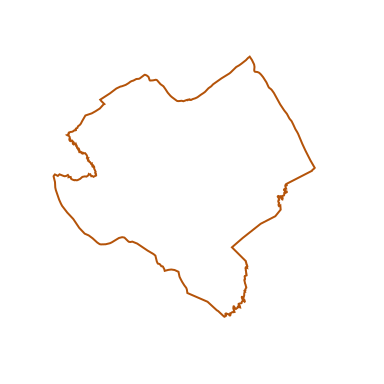 Thepharak, Chaiyaphum, Thailand (Equal Earth projection), rotated 152°
{"feature_id": "78962969B2077127014439", "entity_name": "Thepharak", "entity_type": "district", "adm_level": 2, "iso_a3": "THA", "parent_name": "Thailand", "parent_adm1": "Chaiyaphum", "projection": "equal_earth", "projection_center": [101.53, 15.302], "detail": "fine", "context": "isolated", "style": "outline", "palette": "amber", "viewbox_px": 384, "rotation_deg": 152, "n_neighbors": 0, "source": "geoboundaries", "source_scale": "gbopen_adm2", "svg_char_len": 6009}
<svg xmlns="http://www.w3.org/2000/svg" viewBox="0 0 384 384"><g transform="rotate(152 192 192)"><path d="M222.2,67.0L221.9,66.6L221.3,66.6L220.5,67.2L220.1,67.9L219.7,67.2L219.2,68.0L219.2,68.8L218.9,68.8L218.2,67.8L217.7,67.6L217.0,66.7L216.8,65.4L216.3,65.1L215.6,65.5L215.4,66.8L215.2,67.0L214.2,66.8L213.1,67.0L211.9,66.7L211.7,66.8L211.6,66.3L210.8,66.1L210.2,69.7L209.5,70.9L208.9,71.5L208.7,71.4L208.4,68.5L208.2,68.1L206.3,68.4L205.3,69.3L205.0,69.4L204.8,69.3L204.6,68.5L203.9,68.7L203.8,67.6L203.7,67.5L203.3,68.8L203.6,70.3L203.6,71.0L203.4,71.3L202.6,71.3L201.0,70.7L200.3,70.7L199.6,71.6L198.5,72.1L197.7,71.8L197.1,70.4L196.7,70.6L196.4,72.4L197.7,73.2L197.8,73.5L197.6,75.3L197.4,75.8L197.2,76.0L196.9,75.9L196.4,74.6L196.1,74.5L194.3,76.4L193.8,77.5L192.9,78.6L192.7,78.8L192.0,78.8L192.1,80.0L192.0,80.3L190.9,80.3L190.7,80.9L189.5,81.9L189.0,82.0L188.8,82.4L188.5,84.1L188.2,85.1L188.1,86.4L187.8,87.2L187.2,89.5L186.9,89.9L186.4,89.9L186.2,90.5L185.9,90.6L185.2,92.7L184.8,93.0L184.0,92.8L183.7,93.0L182.9,92.8L182.8,93.0L182.4,94.1L182.5,94.3L182.4,94.7L182.1,95.0L181.9,95.9L181.6,96.4L181.5,96.8L181.3,97.1L181.3,97.6L180.7,98.6L180.7,99.1L180.3,99.2L180.1,99.5L180.0,100.2L179.6,100.3L179.2,99.6L179.0,99.8L178.8,99.4L178.5,100.2L178.1,100.4L178.2,100.7L177.9,101.0L177.9,101.7L177.7,101.9L177.8,103.1L177.4,103.5L177.3,105.0L176.9,105.5L182.7,124.4L168.8,127.6L146.3,131.7L129.8,131.5L122.0,134.8L120.3,138.7L121.8,138.7L121.9,139.1L121.8,139.5L121.3,140.6L120.5,140.9L120.2,141.3L120.2,141.7L120.4,142.7L120.2,143.3L119.4,144.2L118.8,144.1L118.4,144.9L118.3,145.5L118.5,147.5L118.4,147.8L118.0,148.0L117.5,147.9L116.7,146.9L116.4,146.3L115.7,146.7L115.4,146.6L115.4,146.2L116.0,145.9L116.2,145.6L115.9,143.2L115.7,143.0L114.8,144.0L115.4,144.9L115.4,145.1L113.7,146.0L112.6,145.8L111.9,146.2L110.9,148.0L110.3,148.2L110.0,147.5L109.8,147.3L109.2,147.5L108.8,147.3L108.4,147.3L108.2,147.6L108.2,147.9L109.3,147.8L109.7,148.4L109.6,148.9L108.9,149.6L109.2,150.1L109.8,150.4L109.8,150.7L109.6,151.0L109.0,151.2L108.3,150.6L107.9,150.8L107.3,150.7L107.1,152.7L106.6,153.9L106.1,154.3L105.8,154.1L105.5,153.4L105.2,153.4L104.8,154.4L104.8,154.8L76.1,154.4L75.2,155.0L73.7,155.2L72.3,155.7L72.6,164.3L72.4,175.3L72.0,182.7L71.0,193.6L71.0,195.6L71.2,198.9L70.9,204.2L70.8,207.8L71.5,211.1L71.5,216.4L72.3,220.8L73.0,227.9L73.2,241.1L73.7,244.8L74.1,246.0L75.0,247.9L75.1,249.0L74.8,253.8L75.3,260.0L75.9,263.2L76.5,265.1L76.9,266.0L77.9,267.2L79.9,268.6L80.1,269.2L80.1,269.7L79.8,270.5L78.1,273.1L77.3,275.4L77.1,280.4L77.5,284.4L79.8,284.0L82.4,283.1L88.0,282.1L90.9,281.7L94.3,281.6L101.8,279.4L103.4,279.1L112.6,278.5L122.8,277.2L125.4,276.3L128.7,275.9L133.4,274.3L135.3,274.0L138.6,273.7L142.7,273.1L145.1,273.2L148.3,273.8L149.1,273.6L150.4,274.1L150.5,274.7L150.8,274.7L150.9,275.0L151.6,275.0L152.0,275.4L152.8,275.1L153.4,275.7L157.0,276.2L158.3,277.4L161.1,278.5L162.2,279.2L162.6,279.7L165.2,285.2L165.9,287.1L166.8,291.1L167.2,295.6L167.6,298.8L169.2,302.0L170.3,306.8L170.6,307.5L171.3,308.1L174.1,308.9L176.7,310.1L176.9,310.8L176.5,313.1L176.4,314.2L177.3,316.2L178.2,317.3L178.7,317.7L179.2,317.7L184.9,316.8L185.8,316.9L188.1,317.9L191.5,317.9L192.8,318.2L194.5,318.3L196.9,317.9L200.3,317.7L204.4,318.3L205.7,318.7L210.2,318.9L218.2,317.6L229.7,316.6L229.4,314.9L228.1,310.8L229.2,310.8L234.2,309.0L239.3,308.6L243.6,308.5L250.2,309.6L255.8,306.1L258.1,304.5L259.6,303.9L261.9,303.5L263.1,302.4L264.6,302.5L264.9,302.2L265.3,301.4L265.5,301.6L265.8,301.5L266.0,301.7L266.4,301.3L267.6,301.7L268.5,301.4L269.7,301.5L271.2,302.1L271.9,302.1L272.7,302.3L273.0,302.2L273.1,301.9L273.4,301.7L273.4,301.2L274.3,301.1L274.6,300.6L275.0,300.8L275.6,300.9L275.4,300.5L274.8,300.1L274.4,299.5L274.2,298.0L274.3,297.6L274.7,297.1L274.7,295.5L275.0,295.3L275.3,295.9L275.6,296.0L275.8,295.4L275.8,294.5L275.0,293.6L273.7,293.6L273.4,292.3L273.1,291.2L273.2,290.8L273.4,290.8L273.9,291.4L274.1,291.4L274.5,290.7L274.5,290.2L274.1,289.5L273.3,289.7L272.6,288.8L272.0,289.1L272.1,288.3L272.4,287.9L272.1,287.5L272.1,287.0L272.3,286.9L272.6,287.1L272.7,286.8L272.3,285.6L272.7,285.2L272.7,284.4L272.5,284.1L272.5,283.6L272.2,283.9L271.7,283.8L271.6,283.5L271.8,283.3L271.8,281.6L272.4,281.2L272.7,280.2L272.4,280.1L272.1,279.5L271.5,279.7L271.2,279.5L270.7,278.6L271.0,277.8L270.4,277.1L270.1,277.1L270.2,277.7L269.8,277.8L269.4,277.1L268.1,276.4L268.1,275.8L267.8,275.0L267.7,273.6L267.9,272.3L268.6,271.6L268.0,271.0L268.6,270.9L268.3,270.2L268.8,269.8L268.6,269.1L269.0,268.6L268.4,268.2L268.7,267.7L268.5,267.0L268.1,266.6L268.2,266.3L268.0,266.0L267.8,265.0L267.9,264.6L267.6,264.5L267.6,264.1L267.1,264.1L267.4,263.5L267.2,263.0L267.5,263.1L267.6,262.9L267.2,262.2L267.6,262.1L267.8,261.6L266.9,261.3L266.7,260.7L266.9,260.6L266.8,260.1L267.2,260.0L266.9,259.5L267.4,258.6L267.6,255.1L268.3,254.7L268.5,254.2L268.3,253.9L268.2,253.5L268.7,253.0L268.6,252.2L268.9,251.6L271.9,251.7L272.1,252.3L272.6,253.0L273.5,253.2L273.5,255.4L274.3,255.5L274.7,256.3L275.7,255.4L277.9,255.1L279.3,256.1L281.7,256.8L284.7,256.1L287.4,256.2L288.2,256.4L289.6,257.5L290.0,257.4L291.0,258.2L292.4,260.0L292.5,260.7L292.1,262.2L294.0,263.0L293.4,263.6L293.6,265.3L295.4,265.2L296.9,265.6L297.7,266.3L300.7,269.8L302.9,269.2L304.5,271.5L304.9,271.9L306.7,271.0L306.9,270.7L308.3,265.1L310.6,260.2L311.3,257.7L312.9,247.7L313.2,243.3L313.2,240.7L311.8,232.4L309.5,223.9L308.4,213.2L306.3,205.6L303.6,202.2L301.5,197.8L299.4,191.9L298.0,189.3L297.0,188.5L292.8,186.4L288.5,185.3L286.4,185.2L278.1,185.7L274.9,184.9L273.3,183.7L273.0,183.3L271.5,178.5L271.2,177.8L270.0,176.8L268.0,176.2L264.6,172.2L258.7,161.1L255.1,155.2L254.2,153.0L255.7,147.1L255.8,145.1L255.7,144.7L254.5,143.7L254.2,142.8L253.9,140.8L253.0,140.3L252.7,139.8L252.7,136.9L253.1,135.2L249.3,134.3L246.7,133.3L244.0,131.3L241.4,127.9L242.8,123.0L242.9,120.2L242.9,117.3L242.6,113.2L242.1,110.1L242.2,109.1L242.4,108.1L243.5,105.0L229.8,87.8L225.6,75.9L224.8,74.6L222.2,67.0Z" fill="none" stroke="#b45309" stroke-width="2"/></g></svg>